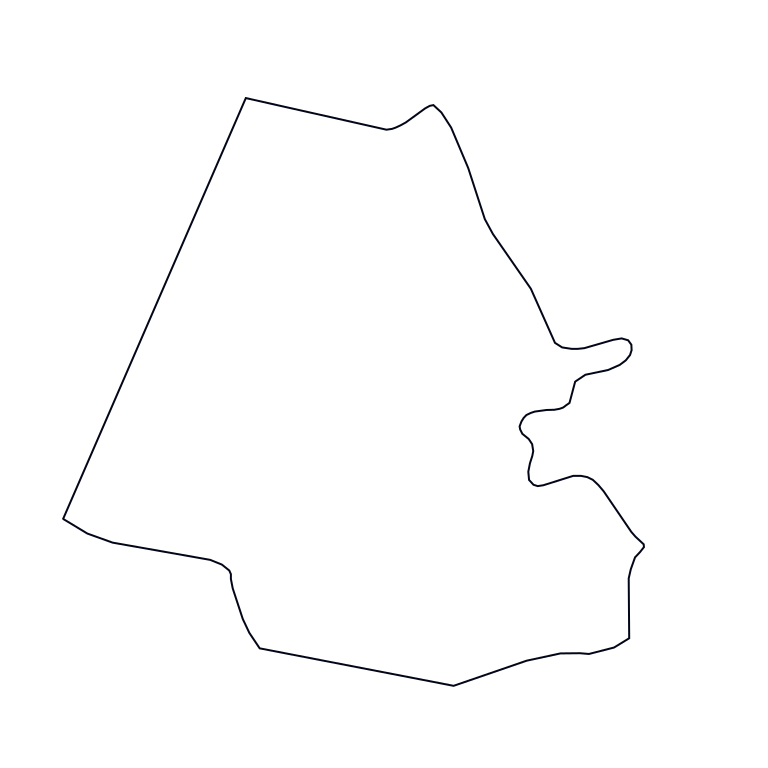 an SVG outline of Salima, rotated 191°
{"feature_id": "MWI-1914", "entity_name": "Salima", "entity_type": "District", "adm_level": 1, "iso_a3": "MWI", "parent_name": "Malawi", "parent_adm1": "", "projection": "mercator", "projection_center": [34.346, -13.759], "detail": "fine", "context": "isolated", "style": "outline", "palette": "ink", "viewbox_px": 768, "rotation_deg": 191, "n_neighbors": 0, "source": "natural_earth", "source_scale": "10m", "svg_char_len": 1267}
<svg xmlns="http://www.w3.org/2000/svg" viewBox="0 0 768 768"><g transform="rotate(191 384 384)"><path d="M455.6,100.8L468.7,114.0L477.8,126.4L493.5,154.5L497.1,163.4L498.0,168.1L500.3,171.4L508.7,175.8L521.1,178.2L620.2,176.5L646.7,180.6L672.6,190.1L673.2,190.5L574.2,638.3L430.1,634.1L424.7,636.0L421.5,637.9L417.3,640.9L412.5,644.9L396.1,662.5L392.1,665.8L388.7,667.2L379.5,661.5L367.0,648.5L342.5,612.0L316.5,565.1L305.8,552.1L258.0,505.5L224.0,457.0L216.1,453.9L206.4,454.3L200.4,455.5L194.2,457.4L167.4,471.1L159.4,474.1L152.7,473.5L148.7,469.8L147.4,464.5L148.0,459.4L151.2,453.3L156.3,447.7L166.7,440.5L188.1,431.5L196.8,422.8L198.3,400.8L201.6,397.4L202.4,396.4L203.9,394.9L207.0,393.1L211.9,391.2L219.5,389.5L230.7,385.7L234.4,383.6L238.3,380.7L240.4,377.4L241.9,373.5L242.8,368.3L241.7,365.4L238.7,361.5L231.4,357.6L227.1,353.2L224.7,346.6L224.7,341.7L225.6,334.0L225.6,325.4L223.3,317.5L218.0,313.6L213.6,313.1L208.3,315.0L180.8,329.9L173.3,331.4L166.7,331.4L160.8,329.8L154.4,325.8L147.9,320.6L113.0,286.0L108.0,282.1L98.5,276.2L97.7,273.5L100.6,267.9L104.5,261.7L106.4,249.2L106.7,239.9L94.8,181.2L107.9,169.2L131.3,158.1L140.4,157.1L159.4,153.2L191.2,139.6L258.1,101.0L455.5,100.8L455.6,100.8Z" fill="none" stroke="#020617" stroke-width="2"/></g></svg>